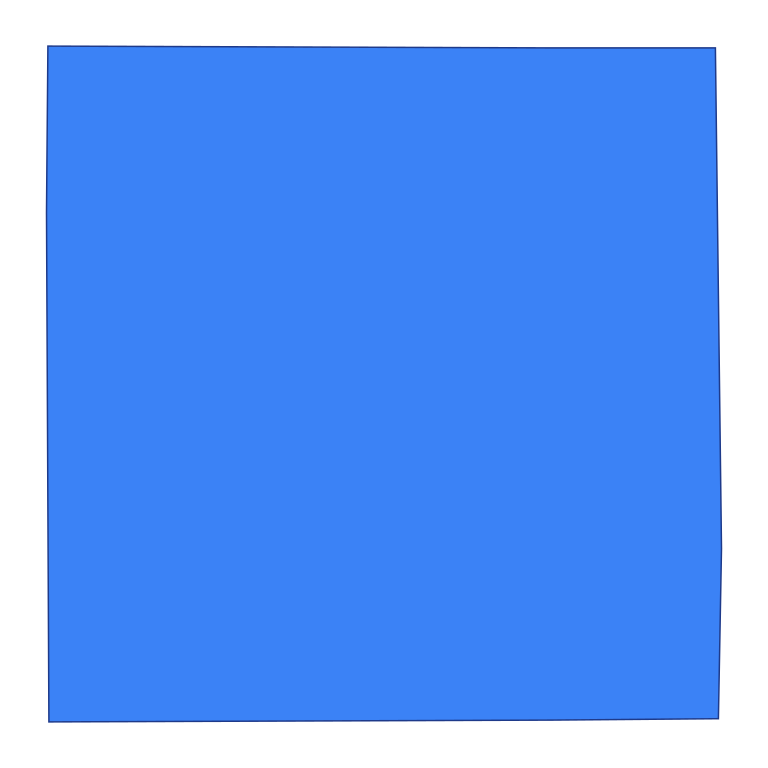 outline of Iowa, Iowa, United States of America
{"feature_id": "52423323B47307487801934", "entity_name": "Iowa", "entity_type": "district", "adm_level": 2, "iso_a3": "USA", "parent_name": "United States of America", "parent_adm1": "Iowa", "projection": "mercator", "projection_center": [-92.064, 41.686], "detail": "fine", "context": "isolated", "style": "filled", "palette": "blue", "viewbox_px": 768, "rotation_deg": 0, "n_neighbors": 0, "source": "geoboundaries", "source_scale": "gbopen_adm2", "svg_char_len": 233}
<svg xmlns="http://www.w3.org/2000/svg" viewBox="0 0 768 768"><path d="M48.9,721.9L551.4,720.1L718.4,718.7L721.5,548.7L715.4,47.9L549.0,47.9L47.9,46.1L46.5,212.4L48.9,721.9Z" fill="#3b82f6" stroke="#1e3a8a" stroke-width="1.5"/></svg>